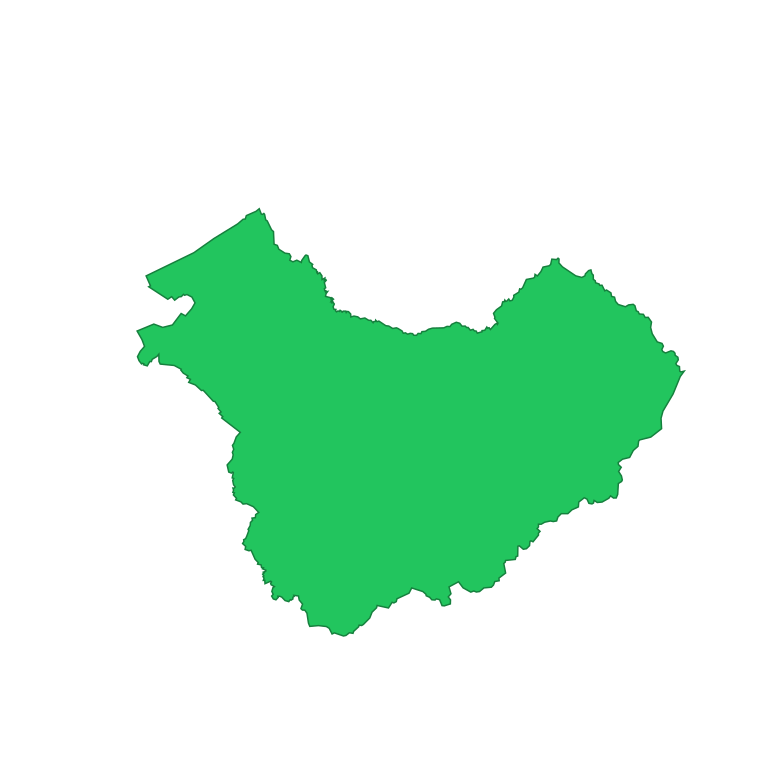 the district of Pak Tho, Ratchaburi, Thailand, rotated 224°
{"feature_id": "78962969B58694700043787", "entity_name": "Pak Tho", "entity_type": "district", "adm_level": 2, "iso_a3": "THA", "parent_name": "Thailand", "parent_adm1": "Ratchaburi", "projection": "robinson", "projection_center": [99.695, 13.356], "detail": "fine", "context": "isolated", "style": "filled", "palette": "green", "viewbox_px": 768, "rotation_deg": 224, "n_neighbors": 0, "source": "geoboundaries", "source_scale": "gbopen_adm2", "svg_char_len": 6159}
<svg xmlns="http://www.w3.org/2000/svg" viewBox="0 0 768 768"><g transform="rotate(224 384 384)"><path d="M630.2,296.5L620.2,292.4L620.8,290.5L598.4,294.8L597.4,299.3L592.8,298.9L592.0,304.2L590.5,306.1L590.5,309.2L589.1,309.3L587.9,311.5L582.6,313.1L576.3,311.1L574.6,304.5L574.1,295.1L578.9,293.8L577.2,279.5L582.5,271.0L591.2,267.2L598.4,250.6L588.9,247.8L582.4,244.7L582.0,238.1L580.3,232.4L576.4,230.6L572.4,230.0L572.0,231.2L570.7,231.7L570.3,230.8L566.9,232.6L568.1,237.4L566.9,238.5L567.9,240.7L566.5,246.0L566.7,249.0L561.5,243.9L558.8,242.9L547.8,251.6L540.1,253.8L539.8,252.9L535.9,252.4L530.6,253.6L530.2,251.6L526.5,252.9L525.6,249.5L519.0,252.3L510.8,252.5L509.7,253.9L494.9,253.0L493.4,254.0L486.7,252.4L486.4,251.1L481.8,250.7L482.2,248.4L477.3,248.5L477.1,246.8L453.8,249.4L453.5,243.3L450.7,237.0L450.4,234.6L446.7,232.6L445.6,229.5L443.3,228.3L441.0,224.5L440.6,216.8L434.5,212.8L431.9,213.9L431.6,215.6L430.8,215.6L428.0,211.0L426.5,211.7L425.8,209.5L422.2,207.0L419.5,206.6L419.4,205.1L420.4,204.2L418.5,203.2L417.4,201.0L416.0,201.8L415.3,199.6L410.7,199.3L410.2,197.6L405.1,199.8L402.0,199.7L399.7,202.5L392.7,205.0L384.9,204.6L385.6,200.9L383.7,198.5L385.8,195.8L383.9,194.6L383.9,191.6L381.9,189.2L380.8,185.0L379.4,184.6L377.1,179.4L376.1,176.6L376.8,174.5L375.4,173.4L374.9,171.0L370.7,171.1L369.0,168.5L365.3,170.2L364.1,172.1L355.0,168.4L350.5,168.2L349.8,166.6L346.8,168.5L344.7,167.0L343.1,168.0L343.0,166.7L339.6,168.0L339.0,167.2L340.1,164.8L339.0,164.9L339.2,162.9L337.1,162.5L337.2,161.4L335.4,161.0L334.4,158.9L333.4,160.0L330.9,157.7L328.5,163.5L327.4,163.5L327.1,161.9L325.8,161.2L322.1,162.1L322.4,160.3L320.6,156.9L317.6,155.7L317.5,153.4L314.3,152.5L311.8,153.7L311.9,157.1L312.9,157.6L311.5,158.9L309.6,159.7L304.7,159.5L301.3,161.3L301.6,163.8L300.7,164.0L300.2,166.1L301.4,167.2L301.1,168.8L302.1,169.3L298.3,172.1L294.9,169.7L289.7,169.1L287.7,164.7L285.7,164.7L283.8,166.3L280.2,165.6L272.2,159.5L269.0,158.1L263.3,164.7L257.0,169.5L253.7,170.2L247.7,168.1L246.8,170.5L238.1,174.6L236.7,176.7L236.1,181.0L233.1,183.1L234.0,185.0L233.6,191.7L234.4,193.2L232.3,194.8L231.8,196.7L231.7,205.8L234.1,211.6L233.9,217.8L235.1,219.9L225.2,226.0L226.5,232.6L224.8,233.4L224.0,236.0L225.5,238.5L220.7,250.9L222.4,256.5L211.9,261.7L207.9,261.9L206.5,261.0L203.0,262.3L199.7,262.0L197.2,264.1L197.1,265.8L194.2,267.5L188.3,264.9L186.5,266.3L183.5,271.9L186.2,274.9L189.9,275.5L190.1,279.6L196.3,283.2L193.0,293.5L185.5,292.3L177.0,294.6L175.6,297.5L173.1,298.5L171.1,301.1L170.5,306.7L165.6,312.4L165.6,315.5L167.1,318.8L164.5,322.5L166.5,324.2L165.2,332.5L173.2,338.1L173.0,339.9L174.0,341.5L167.7,349.0L169.1,351.5L168.3,353.1L175.0,360.3L174.3,361.6L169.0,361.9L167.1,364.5L167.0,368.8L169.7,372.2L169.3,373.3L167.2,374.0L167.9,382.6L169.3,383.9L169.4,386.4L173.4,386.3L173.6,388.5L175.5,390.4L173.5,392.4L172.4,396.2L169.1,401.1L166.7,402.6L164.7,405.4L166.5,409.1L166.4,413.9L161.7,418.4L161.4,424.1L158.8,430.6L161.9,434.4L160.9,441.3L158.0,442.2L153.7,440.5L151.1,442.2L150.6,443.9L152.0,446.2L148.3,446.9L145.1,450.6L142.9,458.0L143.3,460.9L139.7,461.4L137.8,463.3L139.2,466.9L146.3,475.2L145.4,479.0L145.9,480.5L149.3,482.8L154.5,484.1L155.5,488.9L159.4,488.9L161.0,490.2L160.2,495.6L156.3,501.8L158.5,509.4L158.0,515.6L161.1,519.7L161.3,521.3L155.2,531.2L153.3,544.7L160.9,551.8L164.5,558.3L169.1,577.6L176.1,595.2L177.0,601.8L178.8,599.0L180.2,598.7L183.6,601.8L186.2,600.8L188.2,601.4L189.1,605.8L191.2,607.4L194.5,606.9L196.1,608.3L198.4,608.5L200.6,607.2L203.0,601.9L206.0,601.0L208.1,601.8L209.3,605.3L212.2,606.3L216.7,604.1L226.0,606.5L231.5,609.9L234.6,614.4L240.3,615.5L242.3,613.3L245.8,614.3L249.0,611.7L251.4,612.6L253.3,611.9L257.9,614.6L260.1,614.4L263.0,610.8L264.0,607.3L270.7,603.9L274.8,604.3L278.5,606.6L281.1,605.1L284.1,607.2L289.2,606.2L289.9,604.4L295.8,606.5L297.4,604.8L298.8,605.4L302.1,603.8L303.7,605.0L306.1,604.7L309.1,607.7L311.1,607.8L314.4,609.8L315.6,607.7L315.6,603.1L314.6,601.4L315.7,598.1L321.2,595.0L337.1,592.2L342.3,592.6L344.9,595.5L346.2,595.4L346.3,593.4L350.0,590.4L347.2,585.8L347.3,583.8L350.8,578.6L349.2,573.9L348.7,568.3L351.5,567.8L349.9,565.6L350.0,564.1L354.2,558.1L351.1,549.5L351.3,547.3L352.5,546.7L350.8,543.7L352.3,537.9L351.0,536.8L349.9,533.3L351.2,531.2L353.3,531.8L353.3,528.9L353.8,528.0L355.4,528.3L354.7,526.9L355.7,525.5L353.6,521.8L354.7,515.5L354.3,510.9L350.6,509.1L350.0,507.9L344.3,507.0L343.8,505.7L345.0,505.9L345.6,504.0L345.3,497.1L347.5,497.5L348.3,496.1L349.6,496.4L348.8,492.6L350.6,490.5L349.8,489.7L352.2,485.4L354.5,486.1L355.9,485.0L357.9,485.2L359.2,482.7L362.8,483.1L363.8,482.0L365.8,482.1L368.0,479.8L371.7,480.3L374.9,478.6L376.8,473.9L376.4,471.2L378.7,469.2L380.0,465.9L388.0,457.8L390.0,454.3L390.8,450.7L393.1,448.0L392.4,445.9L394.6,444.1L394.4,441.6L396.5,439.7L398.4,440.1L400.4,438.6L401.5,436.3L404.1,435.7L405.4,433.9L407.9,434.7L412.7,433.6L414.1,433.0L416.3,430.0L420.8,429.0L423.2,427.2L431.4,425.7L432.3,424.0L434.3,424.1L433.6,423.2L434.7,421.7L434.4,420.5L437.7,420.7L439.2,419.2L443.6,418.2L446.3,414.4L449.5,414.1L452.8,412.0L454.4,409.2L456.6,411.2L459.8,411.4L461.1,410.4L460.9,409.2L462.2,409.8L463.9,408.1L464.0,406.0L464.4,406.9L466.8,406.5L466.5,405.2L467.8,404.6L468.3,402.9L469.8,403.0L470.4,404.2L471.9,403.0L474.2,404.1L475.3,407.0L476.9,407.3L477.9,406.2L478.5,407.2L479.3,406.3L479.6,407.6L478.5,407.9L479.6,408.4L479.3,409.9L481.4,409.8L481.2,408.4L482.3,409.0L486.9,406.4L488.4,408.6L488.8,411.3L489.8,409.7L490.6,410.7L491.4,409.9L493.1,411.2L492.8,412.7L497.4,415.5L497.6,418.5L498.5,418.7L499.0,417.2L500.2,419.1L501.1,416.1L503.8,418.7L507.5,419.5L508.2,417.2L509.6,417.5L509.5,419.0L510.1,417.8L512.0,419.1L516.2,418.0L518.3,419.4L518.4,420.5L522.4,420.0L527.9,423.4L529.7,422.6L529.9,421.5L529.0,415.7L527.9,414.0L532.7,412.5L534.4,408.6L537.8,407.6L539.5,411.0L542.6,411.9L546.2,409.3L553.3,407.9L557.0,409.6L560.2,408.2L569.4,416.9L572.0,416.8L581.3,420.2L583.1,419.9L587.8,423.1L588.9,423.2L589.3,421.5L590.3,421.0L595.5,423.4L596.0,419.3L600.0,409.5L598.4,406.3L599.8,404.6L600.5,397.4L607.4,370.5L612.0,346.3L630.2,296.5Z" fill="#22c55e" stroke="#15803d" stroke-width="1.5"/></g></svg>